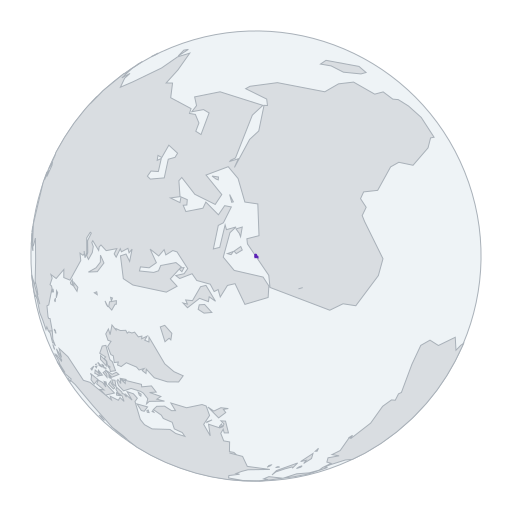 globe centered on Béjaïa, rotated 248°
{"feature_id": "DZA-2208", "entity_name": "Béjaïa", "entity_type": "Province", "adm_level": 1, "iso_a3": "DZA", "parent_name": "Algeria", "parent_adm1": "", "projection": "orthographic", "projection_center": [4.914, 36.56], "detail": "fine", "context": "on_globe", "style": "filled", "palette": "violet", "viewbox_px": 512, "rotation_deg": 248, "n_neighbors": 0, "source": "natural_earth", "source_scale": "10m", "svg_char_len": 10602}
<svg xmlns="http://www.w3.org/2000/svg" viewBox="0 0 512 512"><g transform="rotate(248 256 256)"><circle cx="256" cy="256" r="225" fill="#eef3f6" stroke="#a8b0b8"/><path d="M123.5,73.8L140.3,64.1L134.3,67.8L139.1,65.5L146.9,61.0L150.8,58.6L177.9,48.9L204.6,40.2L210.2,37.5L211.2,38.6L219.9,34.1L232.6,32.0L219.9,34.6L220.0,35.2L229.4,33.5L231.5,33.8L237.2,33.4L238.9,34.1L231.4,36.2L232.3,36.9L238.9,35.8L244.7,36.2L234.8,37.7L244.0,38.8L233.1,43.9L205.4,49.4L201.0,54.8L176.7,68.1L180.6,68.3L173.8,74.3L175.7,76.9L170.6,79.2L176.5,79.4L180.8,76.8L184.8,76.2L186.3,77.7L180.1,80.7L178.5,80.4L177.5,82.0L173.7,83.0L176.4,83.4L168.8,87.1L178.5,85.7L174.2,90.7L168.6,92.7L166.4,89.3L147.8,87.5L141.4,89.4L134.6,94.9L127.4,111.3L121.5,115.1L115.4,122.5L119.9,121.5L126.3,115.5L133.2,116.0L140.1,109.2L143.9,108.6L152.1,103.3L153.8,107.7L151.0,115.0L144.2,119.8L142.8,123.4L151.6,122.0L141.3,134.8L138.5,150.3L135.6,153.6L125.5,153.2L119.5,144.4L106.4,146.2L117.8,149.0L110.2,158.0L110.1,161.4L112.3,163.4L116.3,161.7L114.3,165.9L102.3,164.2L103.9,160.3L107.7,160.7L104.8,156.9L96.7,156.8L93.5,161.9L84.6,158.1L82.2,161.9L78.9,163.5L83.3,157.6L75.2,168.5L64.2,169.1L52.9,188.9L60.8,168.5L61.7,161.8L61.8,156.0L59.8,159.0L62.6,148.6L60.5,147.4L52.9,159.5L46.6,173.8L44.1,183.5L46.5,179.8L46.6,185.3L39.8,197.8L38.8,212.1L35.0,224.1L33.8,234.4L34.9,238.5L35.6,247.9L38.4,244.5L41.9,247.2L39.6,258.2L43.4,252.1L44.1,261.2L52.6,274.3L51.3,275.7L58.1,299.7L69.2,317.1L71.8,327.7L70.1,331.1L74.8,336.5L75.0,339.7L97.2,360.0L111.4,375.3L112.8,385.8L104.7,391.6L106.0,410.3L93.7,406.1L96.5,412.4L97.1,415.7L95.5,414.1L84.0,401.4L73.4,387.9L63.8,373.6L55.4,358.6L48.2,343.0L47.0,340.2L46.4,338.6L40.1,320.4L35.4,301.9L32.3,282.9L31.9,276.8L31.3,269.1L33.4,262.4L34.7,245.8L34.5,240.7L33.1,243.0L34.1,223.5L37.0,208.9L45.7,175.3L52.0,160.4L59.4,145.9L67.8,132.1L77.2,118.9L87.6,106.4L98.7,94.7L110.7,83.8L123.5,73.8ZM49.4,194.6L48.5,217.1L45.8,210.6L46.9,210.4L47.8,203.2L48.4,193.5L47.0,188.8L49.4,194.6ZM56.1,190.2L56.0,187.2L56.6,189.4L56.1,190.2ZM152.3,57.7L146.8,60.9L139.1,65.2L143.3,62.3L152.3,57.7ZM167.3,50.9L165.4,52.2L160.2,53.8L162.9,52.5L167.3,50.9ZM213.7,35.8L208.9,37.0L212.9,35.8L213.7,35.8ZM237.7,33.2L238.5,32.9L241.1,32.9L237.7,33.2ZM150.7,101.4L151.3,102.4L149.4,102.8L150.7,101.4ZM153.6,98.3L150.9,98.2L151.8,96.7L153.5,96.9L153.6,98.3ZM246.1,34.1L250.2,34.5L244.7,34.4L246.1,34.1ZM156.7,98.9L153.9,94.2L155.7,91.8L163.4,90.3L156.7,98.9ZM251.7,34.9L261.7,36.3L264.2,35.5L262.9,39.1L254.8,36.4L247.7,36.3L251.8,35.7L251.7,34.9ZM181.5,75.5L177.0,78.2L179.3,74.6L181.5,75.5ZM182.0,73.4L183.4,64.4L190.7,61.5L188.8,64.9L197.1,60.4L200.0,63.3L196.1,66.5L190.8,67.7L195.9,68.0L182.0,73.4ZM260.6,41.2L261.9,42.0L259.1,41.6L260.6,41.2ZM186.6,75.7L186.2,74.0L192.5,71.3L194.4,74.3L191.8,74.2L186.6,75.7ZM197.9,58.0L203.0,56.7L206.7,58.7L209.2,58.5L200.7,63.2L197.9,58.0ZM191.1,75.5L195.2,75.9L193.6,78.7L187.4,77.3L191.1,75.5ZM193.4,69.4L196.5,68.3L195.4,69.8L193.4,69.4ZM190.3,89.2L189.7,86.8L192.9,85.1L190.3,89.2ZM196.9,75.9L197.4,75.0L198.6,74.2L201.0,75.1L196.9,75.9ZM204.0,64.4L204.5,65.6L207.6,62.6L210.5,64.2L204.4,67.2L208.3,66.6L209.2,67.1L203.1,69.0L204.0,64.4ZM207.0,73.5L200.2,78.3L200.5,82.9L197.6,84.5L197.6,76.9L207.0,73.5ZM205.2,70.6L205.7,72.7L201.9,73.4L199.2,72.4L205.2,70.6ZM214.7,64.4L211.8,61.1L213.3,60.6L214.7,64.4ZM207.8,74.7L209.5,73.5L208.3,74.9L207.8,74.7ZM213.5,67.3L212.2,66.1L213.9,65.6L213.5,67.3ZM213.7,72.4L211.5,73.8L209.7,73.1L213.7,72.4ZM214.2,69.9L216.8,69.5L210.3,72.0L213.4,69.5L214.2,69.9ZM215.2,67.0L215.8,66.3L215.5,67.6L215.2,67.0ZM222.0,74.6L214.3,77.9L210.2,76.1L218.3,73.1L222.0,74.6ZM412.4,93.8L408.9,90.6L409.8,91.9L405.8,88.4L413.4,96.4L408.0,91.8L416.5,100.8L419.4,102.6L414.7,96.9L424.5,107.3L426.8,109.1L427.3,109.6L437.8,123.0L447.4,137.1L455.8,151.9L457.8,155.8L459.5,159.4L459.4,159.7L464.2,170.8L466.6,176.0L474.6,201.7L474.2,202.2L477.7,217.0L478.1,218.1L478.9,223.6L476.3,211.3L471.4,198.3L472.5,207.6L470.0,200.8L463.3,193.5L463.6,206.9L465.7,238.9L470.0,257.8L468.9,270.6L457.7,253.2L450.1,237.5L447.6,243.4L434.7,236.2L417.0,251.0L413.1,247.7L410.0,252.8L400.7,252.9L394.2,246.9L389.2,250.5L406.2,266.1L411.4,262.2L413.8,250.5L417.7,257.2L426.5,258.7L421.7,284.2L393.1,318.8L388.0,305.4L354.6,273.7L354.3,268.5L354.1,268.0L353.5,267.2L352.8,276.0L346.2,269.2L366.5,293.8L370.9,305.4L392.7,319.9L391.2,323.0L397.5,324.7L415.0,309.1L415.6,314.0L408.7,340.8L382.5,381.3L384.7,397.0L380.7,411.6L361.6,426.7L360.5,435.4L350.2,441.6L347.7,446.5L337.9,453.6L322.6,461.1L299.4,465.6L300.1,462.1L291.8,456.0L281.3,435.6L289.4,423.5L288.2,414.2L271.3,393.4L275.1,379.8L270.0,374.4L259.9,376.4L253.7,369.6L247.3,369.6L205.9,372.7L192.0,362.1L172.5,329.9L179.1,318.8L178.1,304.1L221.6,257.2L233.3,260.6L270.4,252.6L275.4,254.0L273.7,266.4L303.6,277.2L310.2,265.9L334.6,268.4L349.2,263.7L349.8,240.0L325.8,247.3L319.1,237.5L336.1,222.4L356.6,216.6L354.7,212.7L339.5,207.8L341.9,198.4L334.0,205.5L338.9,208.6L334.0,213.4L329.2,211.0L330.3,207.5L323.5,207.6L320.2,224.7L324.8,229.7L308.3,236.6L314.4,245.8L310.7,251.5L299.0,238.2L298.5,232.5L278.5,219.1L277.6,225.6L296.4,239.0L291.5,238.5L290.4,248.4L287.4,240.6L267.2,225.2L250.8,230.4L233.8,254.7L223.4,256.7L213.0,251.7L215.3,227.6L238.2,226.2L239.4,218.5L231.4,207.5L239.1,208.3L238.7,203.9L247.0,203.0L255.5,191.9L263.5,190.1L263.7,176.8L267.9,174.3L266.5,182.7L269.9,188.0L289.4,184.3L292.2,180.9L290.8,172.8L296.3,173.2L292.5,165.8L302.1,160.4L287.1,161.1L285.1,152.5L289.2,144.8L285.8,142.3L279.1,155.0L278.8,160.1L282.9,164.1L279.9,179.3L273.9,182.6L266.9,168.0L257.5,171.5L256.1,159.3L275.2,131.0L284.7,124.5L306.9,130.4L306.5,136.2L298.3,136.8L308.8,143.7L306.5,139.5L311.1,140.1L310.3,132.8L313.6,132.9L307.3,125.9L311.1,125.3L315.0,129.7L317.1,119.1L324.3,116.4L323.2,114.0L320.1,112.2L331.3,110.4L330.0,108.8L325.8,108.7L320.5,105.5L315.6,99.4L319.7,99.1L322.1,101.3L333.3,105.6L338.9,111.9L340.1,111.2L336.2,105.8L322.5,100.3L318.4,96.8L325.0,98.5L322.3,97.6L321.5,95.8L324.6,93.9L317.4,91.8L303.3,74.5L308.0,69.7L315.5,72.8L310.0,62.3L315.7,58.9L311.8,58.7L306.6,54.3L304.8,55.2L302.5,54.8L288.3,45.5L288.1,43.5L277.6,40.4L275.7,40.4L275.2,41.6L262.9,39.1L264.2,35.5L268.6,35.5L266.4,33.7L276.8,34.3L284.5,34.3L297.2,36.8L302.1,37.1L300.7,36.4L306.2,36.8L322.8,40.9L315.9,40.3L292.3,37.5L302.5,38.5L302.1,39.3L306.9,40.5L313.9,41.6L313.5,41.0L334.6,50.1L355.3,58.2L349.2,53.7L351.0,53.4L369.2,61.6L401.9,84.7L404.2,86.4L412.4,93.8ZM209.6,283.0L209.2,287.5L209.6,283.0ZM380.7,221.8L391.4,216.7L382.6,205.5L386.0,202.8L381.7,200.2L381.9,204.7L370.9,197.1L374.1,190.5L370.7,185.2L366.9,186.8L362.8,200.2L378.6,210.9L377.8,217.9L380.7,221.8ZM52.9,274.6L53.6,278.3L52.0,276.2L52.9,274.6ZM43.8,213.9L44.4,217.0L44.2,220.2L43.4,218.5L43.8,213.9ZM52.8,237.8L54.3,241.9L52.1,239.5L52.8,237.8ZM48.7,220.4L51.6,234.9L47.4,231.6L45.8,222.5L47.8,226.1L48.7,220.4ZM52.5,194.9L52.5,197.5L51.4,198.9L52.5,194.9ZM56.6,191.9L56.3,191.4L57.0,188.9L56.6,191.9ZM110.9,158.1L111.8,158.3L113.2,161.1L111.0,161.2L110.9,158.1ZM128.5,166.6L124.9,173.2L126.0,168.3L122.2,169.3L119.9,160.7L134.0,154.8L128.0,158.8L128.5,166.6ZM120.6,148.3L120.5,153.9L120.1,148.0L120.6,148.3ZM228.2,182.4L232.0,185.1L230.3,190.2L220.2,193.9L222.5,186.4L228.2,182.4ZM237.9,187.8L233.7,173.1L239.8,170.7L237.1,174.4L241.6,174.3L238.4,180.4L248.3,193.1L247.5,198.6L229.2,201.5L235.7,197.3L231.5,194.8L237.9,187.8ZM212.3,144.6L210.6,139.5L226.1,140.7L225.9,145.4L215.8,149.0L210.1,145.6L212.3,144.6ZM170.9,97.7L169.2,96.7L170.9,95.7L173.7,95.8L170.9,97.7ZM189.7,88.2L179.9,101.7L177.5,101.0L174.7,110.4L167.2,112.5L169.3,106.2L161.4,115.2L160.4,110.4L155.7,116.8L161.2,102.6L159.9,99.1L164.2,102.2L171.0,100.2L173.6,98.4L180.0,90.6L180.6,82.7L187.5,80.0L192.3,80.3L193.2,81.7L188.4,82.9L193.0,84.1L186.8,87.0L189.7,88.2ZM243.6,91.8L237.7,91.3L246.0,96.6L239.8,98.5L241.1,99.0L237.7,102.3L235.9,107.4L232.7,107.7L233.3,109.6L231.1,112.1L230.9,114.9L225.1,116.6L224.5,120.2L222.1,119.0L222.5,125.0L219.6,121.3L216.4,124.5L220.9,126.4L190.2,131.0L179.5,136.6L172.2,143.6L168.2,137.1L172.5,126.7L181.2,116.1L192.1,111.9L188.3,110.0L192.4,107.6L193.6,110.1L194.1,104.9L197.8,103.6L205.6,95.8L204.0,89.6L206.8,86.8L209.3,88.6L210.3,84.7L216.9,86.3L219.0,84.5L227.7,84.6L231.2,89.6L233.3,87.2L240.0,87.5L243.6,91.8ZM224.4,74.7L230.1,79.7L229.4,83.3L214.7,81.7L211.8,83.2L202.3,82.8L203.5,77.7L206.1,78.2L208.8,77.5L207.4,79.4L210.6,77.4L214.3,78.2L217.9,76.9L218.7,78.8L224.4,74.7ZM279.6,248.9L283.2,249.0L288.6,247.6L288.0,254.1L279.6,248.9ZM265.6,238.6L268.7,237.5L270.5,245.4L266.7,245.5L265.6,238.6ZM268.9,230.4L268.7,236.8L266.6,233.4L268.9,230.4ZM269.2,181.4L272.3,180.0L273.2,181.8L272.2,184.9L269.2,181.4ZM266.9,109.8L263.6,108.4L264.1,107.3L259.9,102.0L264.1,100.4L268.4,103.0L266.9,109.8ZM346.6,245.2L343.3,250.8L340.7,249.5L342.3,247.8L346.6,245.2ZM314.9,253.6L322.9,254.6L314.7,255.3L314.9,253.6ZM270.8,107.2L268.6,105.1L272.1,105.7L270.8,107.2ZM267.0,99.1L270.9,99.2L264.2,99.7L267.0,99.1ZM411.2,394.2L393.2,422.5L384.9,426.8L385.5,421.5L393.7,405.9L404.1,396.9L409.8,387.7L411.2,394.2ZM480.8,241.4L480.2,237.8L480.1,233.5L480.8,241.4ZM470.6,258.8L473.9,266.2L472.9,270.7L470.6,258.8ZM462.8,166.6L463.5,168.3L462.5,166.0L459.8,160.0L462.8,166.6ZM303.9,94.6L305.0,103.3L308.6,109.4L315.1,112.1L306.5,112.4L300.9,103.0L303.9,94.6ZM303.0,76.8L297.3,75.1L299.4,73.8L300.9,74.0L303.0,76.8ZM299.9,77.2L293.7,79.1L290.3,76.8L295.8,75.7L299.9,77.2ZM282.5,92.3L282.5,94.9L279.6,94.3L282.5,92.3ZM367.2,60.1L363.5,58.0L361.8,57.1L367.2,60.1ZM359.2,55.8L361.2,56.9L348.2,52.5L344.3,51.1L351.6,52.3L353.8,53.5L357.8,55.3L359.2,55.8ZM263.9,41.6L262.1,42.0L262.3,41.2L263.9,41.6ZM301.6,55.5L298.6,54.8L299.0,53.6L301.6,55.5ZM290.4,52.6L292.1,54.3L288.6,52.6L290.4,52.6ZM296.3,58.4L292.0,55.1L298.6,58.1L296.3,58.4Z" fill="#d9dde1" stroke="#a8b0b8" stroke-width="1"/><path d="M255.0,254.7L255.3,254.7L255.5,254.7L256.1,254.9L256.2,255.0L256.3,255.0L256.5,255.1L256.5,255.3L256.6,255.5L257.0,255.6L257.4,255.6L257.6,255.6L257.6,255.8L257.8,255.9L257.7,255.9L257.7,256.0L257.6,256.3L257.4,256.4L257.3,256.5L257.2,256.7L256.9,256.7L256.9,256.4L256.8,256.2L256.7,256.0L256.7,255.9L256.5,256.0L256.4,256.1L256.1,256.2L256.1,256.3L256.1,256.5L255.9,256.7L255.6,256.7L255.4,256.6L255.3,256.8L255.1,256.8L255.1,257.0L254.9,257.3L254.7,257.3L254.4,257.3L254.3,257.1L254.3,256.9L254.2,256.9L254.3,256.8L254.4,256.7L254.3,256.4L254.5,256.3L254.5,256.2L254.8,256.0L254.8,255.9L255.0,255.6L255.0,255.4L254.9,255.4L254.9,255.2L255.0,255.2L255.1,255.3L255.1,255.2L255.0,254.8L255.0,254.7L255.0,254.7Z" fill="#8b5cf6" stroke="#5b21b6" stroke-width="1.5"/></g></svg>